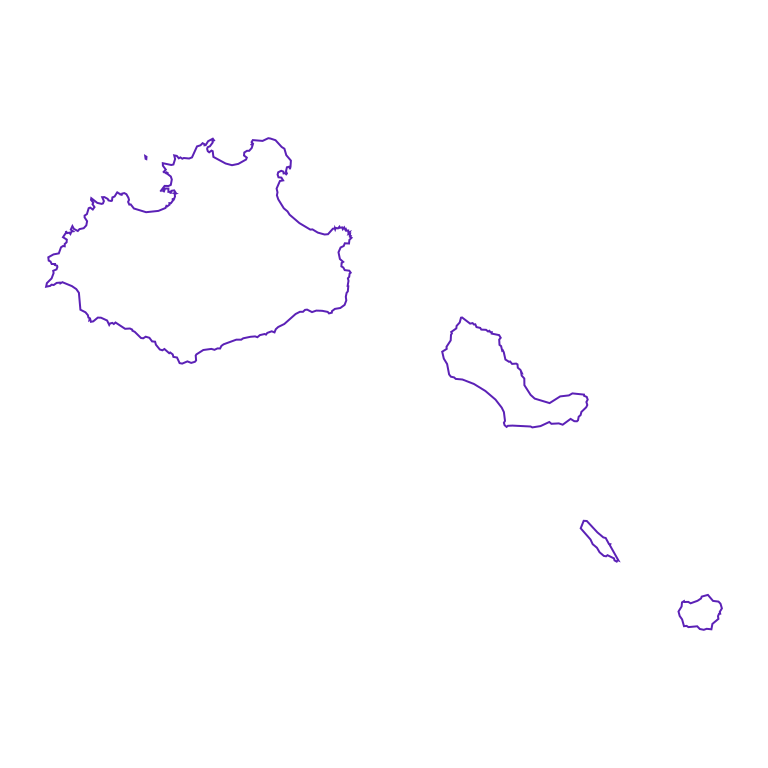 Nossa Senhora Da Luz, São Vicente, Cabo Verde (Robinson projection)
{"feature_id": "66160863B58817505266013", "entity_name": "Nossa Senhora Da Luz", "entity_type": "district", "adm_level": 2, "iso_a3": "CPV", "parent_name": "Cabo Verde", "parent_adm1": "São Vicente", "projection": "robinson", "projection_center": [-24.915, 16.763], "detail": "fine", "context": "isolated", "style": "outline", "palette": "violet", "viewbox_px": 768, "rotation_deg": 0, "n_neighbors": 0, "source": "geoboundaries", "source_scale": "gbopen_adm2", "svg_char_len": 6049}
<svg xmlns="http://www.w3.org/2000/svg" viewBox="0 0 768 768"><path d="M284.4,148.7L281.7,147.0L275.5,140.2L270.3,138.5L268.3,138.2L262.6,140.9L252.8,140.1L251.6,142.1L253.5,144.3L252.3,143.7L251.6,144.5L252.7,144.9L251.7,148.0L249.2,150.8L247.0,150.8L244.3,152.5L244.0,155.5L246.8,157.6L246.1,159.5L238.3,163.9L232.0,165.2L225.6,163.5L213.4,156.9L212.7,151.2L211.5,150.6L209.2,152.3L207.8,151.2L207.1,148.9L207.7,147.2L209.9,146.3L212.7,142.5L212.5,141.1L214.0,140.4L212.8,138.7L208.1,141.2L205.7,145.1L204.5,145.3L204.4,144.2L202.6,143.2L200.5,145.3L197.0,146.4L192.0,157.4L189.1,158.5L183.8,158.0L182.3,158.7L180.4,157.4L178.8,158.3L176.8,155.9L174.2,155.4L175.1,159.0L173.4,164.5L171.3,165.0L162.8,163.2L162.9,165.7L165.8,169.6L163.0,172.6L164.0,171.8L166.0,173.2L166.6,172.4L167.7,173.1L167.4,173.9L170.8,176.5L171.8,179.5L170.8,184.9L168.5,186.0L164.6,185.9L160.3,191.6L163.0,188.4L164.3,188.5L163.4,191.2L164.0,191.4L165.0,188.5L168.4,188.5L168.4,191.9L170.3,191.9L170.5,193.6L171.4,190.8L174.2,190.4L175.7,192.8L174.3,193.2L175.6,193.6L174.7,193.9L175.0,196.6L173.8,199.4L173.1,199.0L171.9,199.2L173.6,199.6L171.0,203.1L169.0,203.1L170.1,203.4L169.4,203.3L169.6,204.6L167.2,206.4L166.4,205.9L165.5,208.0L158.4,210.9L146.1,212.2L133.9,208.5L130.7,204.4L129.3,204.6L128.1,201.9L129.0,199.9L128.4,197.7L126.4,194.2L124.3,193.1L122.1,193.6L121.7,194.8L120.2,194.4L119.9,193.8L119.1,193.6L118.8,193.3L118.0,192.9L117.4,192.3L117.2,192.3L114.6,196.5L112.4,197.4L112.0,200.6L111.1,201.0L108.5,200.4L107.7,198.9L104.4,197.1L102.2,197.2L103.9,201.1L103.0,203.4L101.7,203.9L97.3,202.9L91.3,198.2L91.0,199.9L93.3,202.7L92.5,204.2L94.5,207.1L92.8,209.5L90.2,207.6L88.7,208.2L86.9,214.1L84.6,215.6L84.6,217.4L87.1,221.2L86.3,225.4L83.7,228.2L79.5,229.1L77.8,231.0L73.9,228.9L72.4,226.1L70.8,229.6L73.0,231.3L71.5,231.5L70.4,234.0L69.4,232.7L67.1,233.1L65.9,231.1L66.1,232.5L63.0,237.2L66.8,239.6L66.6,242.3L64.7,244.0L64.7,246.3L63.0,246.0L61.0,247.3L58.8,253.4L53.5,254.4L48.3,257.3L48.7,260.6L50.5,261.5L51.7,264.0L55.0,264.0L54.9,265.0L57.1,265.7L57.4,267.0L56.5,269.4L53.2,270.8L53.6,273.1L51.6,278.4L46.9,283.1L46.1,286.7L50.2,285.9L51.5,284.7L53.7,285.0L56.7,282.9L60.0,282.6L60.3,283.4L62.4,282.2L71.9,286.1L76.3,289.1L78.9,292.8L80.4,309.7L85.5,312.3L87.9,315.2L88.4,317.5L89.7,318.2L89.4,320.1L90.3,319.5L90.9,321.8L93.2,321.4L97.8,317.6L101.0,317.7L107.1,320.5L109.2,324.9L110.0,323.5L112.3,322.9L113.8,324.0L115.5,322.5L125.1,328.8L129.9,328.5L132.2,329.6L132.4,330.7L134.7,331.8L141.0,338.0L143.2,338.3L145.7,336.7L149.4,337.8L152.1,341.4L155.1,341.7L155.9,344.7L159.8,349.5L162.4,350.3L164.4,349.0L169.2,353.2L170.2,352.5L172.7,354.4L173.4,356.9L177.0,357.5L179.6,363.1L182.2,363.6L187.4,361.4L191.2,362.9L194.9,361.8L196.1,360.4L195.7,355.6L196.4,354.4L203.3,350.0L211.4,348.9L214.5,349.8L217.5,348.4L220.1,348.5L221.4,345.9L223.6,344.3L236.2,339.7L241.2,339.7L243.2,338.3L250.4,336.8L255.1,336.4L257.4,337.2L259.9,335.1L264.7,334.0L266.0,334.6L267.3,332.9L271.7,331.3L274.5,332.4L275.8,329.2L278.2,327.0L284.3,324.0L295.6,314.0L299.9,311.8L303.0,311.8L305.0,309.9L307.1,309.6L312.0,312.1L316.3,310.6L322.1,310.8L327.7,311.9L329.0,313.4L331.8,312.7L332.0,311.1L334.9,308.9L340.3,308.0L344.6,304.9L346.3,300.4L345.8,296.8L346.6,292.9L347.8,291.4L348.3,286.2L347.6,286.0L348.5,280.9L347.9,278.3L349.2,276.8L349.6,273.6L350.7,272.7L349.3,270.7L344.7,270.1L343.3,267.5L341.4,266.4L341.6,263.0L343.2,261.9L339.9,259.0L338.5,252.3L340.6,247.5L343.7,246.0L344.8,243.3L349.0,243.5L349.4,239.9L351.5,237.8L350.1,236.9L350.7,236.0L349.8,235.7L350.1,233.7L348.6,234.1L349.6,232.2L348.4,232.8L348.2,230.5L346.6,230.7L346.0,229.3L345.5,230.0L344.2,227.4L342.8,229.2L342.1,227.4L339.7,227.8L339.4,226.8L337.9,228.4L335.8,227.9L335.2,229.4L334.8,228.3L334.6,229.2L334.5,228.5L332.9,228.7L328.0,234.2L324.6,234.5L317.8,232.6L312.5,229.4L310.3,229.6L299.4,223.1L289.6,214.7L287.5,211.4L283.8,208.3L278.3,199.4L276.9,195.3L277.5,192.3L276.6,188.6L279.9,181.0L283.1,180.4L281.4,177.6L278.5,177.3L277.6,174.6L278.2,172.3L281.2,170.8L283.4,171.6L283.6,173.4L285.2,173.2L286.2,174.3L286.9,173.5L286.0,171.3L286.9,167.3L289.5,166.6L289.9,169.2L290.5,166.8L290.9,160.6L286.3,155.2L284.4,148.7ZM462.1,317.5L461.0,317.7L459.7,322.5L456.6,325.9L456.3,328.4L451.2,332.0L451.9,333.3L451.0,334.8L450.7,340.4L446.5,346.8L446.7,348.9L442.2,351.7L443.8,358.6L447.1,364.0L449.1,374.4L450.9,376.7L454.1,377.4L455.7,378.9L462.4,379.5L474.0,384.0L485.4,391.0L495.5,399.6L501.7,407.6L503.9,412.1L505.0,420.9L503.9,422.8L504.6,425.2L506.6,426.9L507.9,425.8L512.5,425.6L530.6,426.5L532.3,427.4L540.5,426.1L549.3,422.0L551.4,423.8L558.8,423.4L562.7,424.7L570.6,418.9L574.3,421.2L576.9,421.3L578.0,420.3L578.7,416.7L580.6,415.1L581.4,411.9L586.2,407.3L587.3,405.0L586.4,402.0L587.7,399.6L586.7,396.9L584.1,395.8L584.0,394.6L572.4,393.4L568.9,395.4L560.2,396.4L549.6,403.1L534.7,398.6L530.6,394.9L524.4,385.2L524.3,378.5L521.7,375.6L521.2,372.7L521.8,372.9L520.4,369.9L517.8,367.7L517.5,364.4L516.2,363.6L512.1,363.9L510.1,361.5L509.0,361.8L505.4,359.5L503.8,352.3L502.8,350.3L502.2,350.7L501.1,346.1L499.5,344.9L499.2,339.6L500.7,337.8L499.1,335.1L491.7,333.6L491.8,332.2L490.4,332.2L489.4,330.8L488.1,331.5L486.0,329.8L481.3,329.6L480.2,327.9L476.5,327.1L475.3,324.3L473.9,324.5L472.6,323.1L470.1,323.6L462.1,317.5ZM707.9,594.9L701.7,596.6L701.0,598.5L697.5,600.8L690.6,603.3L688.3,601.9L684.3,602.0L684.0,601.1L682.0,602.4L681.6,606.5L678.5,611.5L679.7,616.0L682.1,619.4L684.0,626.2L686.6,625.9L688.4,627.1L697.2,626.3L699.8,629.0L703.8,629.8L706.7,628.8L711.4,629.3L712.4,623.9L718.4,618.9L718.0,616.2L719.0,613.8L720.2,613.7L719.8,611.8L721.9,608.4L720.5,603.7L718.5,601.6L713.0,600.9L707.9,594.9ZM586.8,521.0L583.7,520.8L580.7,528.3L590.5,539.5L592.7,544.2L596.9,547.7L599.6,552.3L603.8,555.9L606.1,556.3L607.5,555.2L614.0,558.4L614.5,560.4L616.7,561.6L617.7,560.1L618.4,560.4L609.9,545.3L610.3,544.2L609.0,544.1L605.7,538.0L603.3,537.4L597.4,532.4L586.8,521.0ZM146.3,159.1L146.5,156.8L145.2,156.0L145.6,158.8L146.3,159.1Z" fill="none" stroke="#5b21b6" stroke-width="2"/></svg>